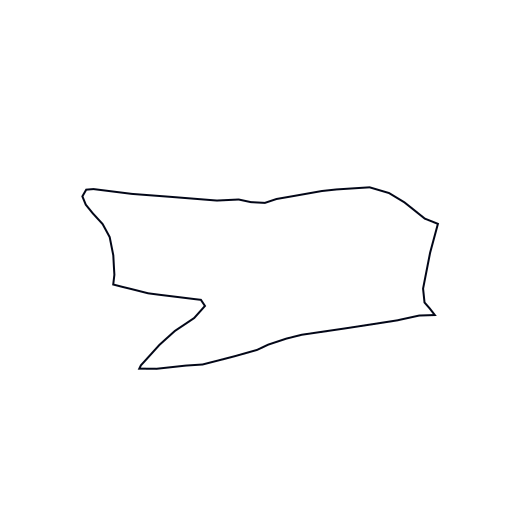 Al-Thawra, Baghdad, Iraq, rotated 231°
{"feature_id": "34846034B91170973982462", "entity_name": "Al-Thawra", "entity_type": "district", "adm_level": 2, "iso_a3": "IRQ", "parent_name": "Iraq", "parent_adm1": "Baghdad", "projection": "equal_earth", "projection_center": [44.467, 33.386], "detail": "fine", "context": "isolated", "style": "outline", "palette": "ink", "viewbox_px": 512, "rotation_deg": 231, "n_neighbors": 0, "source": "geoboundaries", "source_scale": "gbopen_adm2", "svg_char_len": 918}
<svg xmlns="http://www.w3.org/2000/svg" viewBox="0 0 512 512"><g transform="rotate(231 256 256)"><path d="M97.6,357.8L106.0,358.0L113.8,357.7L125.5,365.3L149.0,393.4L166.5,417.6L178.8,410.7L204.3,405.1L221.2,399.0L237.9,387.5L257.1,360.4L265.1,348.0L278.7,323.4L287.4,307.8L291.7,296.3L301.1,285.9L310.8,278.1L323.7,260.5L355.3,227.3L382.4,198.6L410.3,171.8L414.4,165.8L411.6,158.6L403.0,156.0L391.8,156.0L377.3,156.9L362.8,154.2L346.3,145.5L337.2,138.9L330.5,134.1L323.7,127.1L316.0,132.8L309.2,138.0L302.8,142.8L294.9,148.7L290.9,152.5L286.9,156.3L272.0,170.7L260.9,181.4L256.6,185.6L249.3,184.9L246.7,168.9L248.8,145.9L248.2,134.0L247.7,125.0L245.2,109.0L244.1,101.9L243.5,97.8L241.9,94.4L230.9,107.8L215.0,132.5L205.3,146.2L191.6,176.2L185.2,191.1L182.4,197.6L179.4,209.8L172.7,227.6L166.0,242.0L143.7,279.6L116.9,325.6L116.0,327.5L107.0,345.4L97.6,357.8Z" fill="none" stroke="#020617" stroke-width="2"/></g></svg>